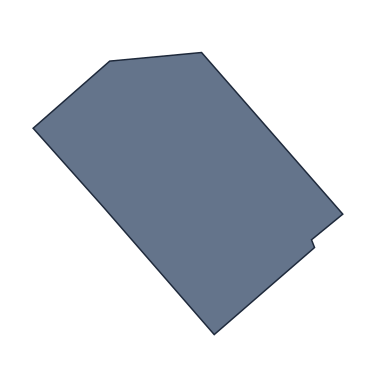 the district of Limestone, Texas, United States of America, rotated 349°
{"feature_id": "52423323B48911079087514", "entity_name": "Limestone", "entity_type": "district", "adm_level": 2, "iso_a3": "USA", "parent_name": "United States of America", "parent_adm1": "Texas", "projection": "orthographic", "projection_center": [-96.581, 31.518], "detail": "fine", "context": "isolated", "style": "filled", "palette": "slate", "viewbox_px": 384, "rotation_deg": 349, "n_neighbors": 0, "source": "geoboundaries", "source_scale": "gbopen_adm2", "svg_char_len": 275}
<svg xmlns="http://www.w3.org/2000/svg" viewBox="0 0 384 384"><g transform="rotate(349 192 192)"><path d="M102.1,189.8L186.6,336.2L301.7,269.9L300.2,261.7L335.8,242.5L228.0,56.9L136.2,47.8L48.2,99.1L102.1,189.8Z" fill="#64748b" stroke="#1e293b" stroke-width="1.5"/></g></svg>